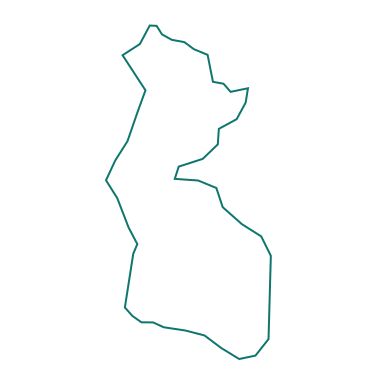 the border of Lira, rotated 4°
{"feature_id": "UGA-3099", "entity_name": "Lira", "entity_type": "District", "adm_level": 1, "iso_a3": "UGA", "parent_name": "Uganda", "parent_adm1": "", "projection": "orthographic", "projection_center": [32.907, 2.332], "detail": "fine", "context": "isolated", "style": "outline", "palette": "teal", "viewbox_px": 384, "rotation_deg": 4, "n_neighbors": 0, "source": "natural_earth", "source_scale": "10m", "svg_char_len": 713}
<svg xmlns="http://www.w3.org/2000/svg" viewBox="0 0 384 384"><g transform="rotate(4 192 192)"><path d="M132.2,115.7L138.5,93.8L113.2,60.4L129.7,48.0L138.2,28.9L145.1,28.7L151.1,36.9L161.2,41.6L173.9,43.0L183.9,49.4L198.0,54.1L205.2,80.6L215.9,81.8L223.5,89.4L240.6,84.6L239.3,99.0L231.5,116.2L214.4,127.1L214.4,142.7L200.4,158.2L177.0,167.6L173.9,180.1L197.3,180.1L216.0,186.3L223.7,205.0L244.0,220.6L264.2,231.5L275.1,250.2L278.6,333.4L266.7,350.8L250.7,355.3L232.2,345.7L214.4,334.2L194.8,330.6L173.2,328.9L162.3,324.8L150.6,325.5L141.3,319.9L133.1,311.9L137.7,257.7L141.1,247.8L131.3,232.0L117.9,203.4L105.4,186.3L113.2,166.0L124.1,145.8L132.2,115.7Z" fill="none" stroke="#0f766e" stroke-width="2"/></g></svg>